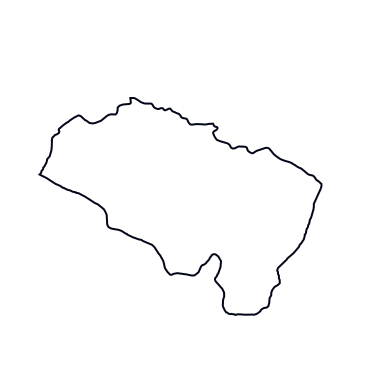 Río Hondo, Zacapa, Guatemala (Robinson projection), rotated 228°
{"feature_id": "79465075B55217962729749", "entity_name": "Río Hondo", "entity_type": "district", "adm_level": 2, "iso_a3": "GTM", "parent_name": "Guatemala", "parent_adm1": "Zacapa", "projection": "robinson", "projection_center": [-89.587, 15.094], "detail": "fine", "context": "isolated", "style": "outline", "palette": "ink", "viewbox_px": 384, "rotation_deg": 228, "n_neighbors": 0, "source": "geoboundaries", "source_scale": "gbopen_adm2", "svg_char_len": 4932}
<svg xmlns="http://www.w3.org/2000/svg" viewBox="0 0 384 384"><g transform="rotate(228 192 192)"><path d="M167.8,125.9L166.4,126.0L159.7,124.4L153.6,121.0L149.4,120.3L145.3,120.4L144.0,121.6L143.5,123.6L141.4,126.9L134.4,132.8L130.0,136.0L128.4,138.0L128.1,140.8L128.0,143.2L130.6,148.9L130.7,151.0L130.0,152.1L129.7,155.0L130.0,155.6L130.4,159.8L131.2,161.3L131.3,162.9L131.9,164.5L131.6,165.8L130.7,167.2L129.4,167.9L126.5,168.4L121.2,167.3L117.1,162.9L113.8,156.8L113.8,155.7L112.9,154.5L112.4,151.4L111.7,150.6L110.0,149.8L99.8,149.7L95.9,148.6L92.9,146.1L91.0,142.9L87.1,139.0L85.6,138.2L81.9,137.1L79.6,136.9L79.0,137.4L77.4,137.7L75.7,138.6L75.1,139.7L72.2,141.9L71.6,142.0L70.7,143.9L69.0,145.8L65.6,149.0L60.0,155.4L59.1,156.2L58.0,159.0L57.6,163.0L58.1,163.8L58.2,165.4L57.7,167.7L56.1,170.3L56.1,172.4L57.9,175.2L61.2,178.6L62.2,181.7L64.3,183.8L65.5,186.3L66.2,189.8L65.4,193.7L65.5,196.2L68.1,198.4L69.7,198.8L71.8,200.7L73.4,201.0L74.9,202.3L76.6,202.7L78.0,205.1L78.4,217.1L78.8,218.5L78.6,226.7L79.7,234.8L80.8,237.1L80.7,238.4L82.0,243.4L84.2,246.8L84.8,247.1L85.1,248.9L87.7,252.3L88.3,254.5L89.9,256.8L90.0,257.8L92.6,261.2L93.1,263.1L97.7,270.5L99.8,273.0L101.6,274.5L108.1,289.4L109.7,292.2L111.4,293.6L116.1,293.1L116.5,292.7L117.4,292.6L118.5,292.6L119.3,292.7L119.7,292.8L120.3,292.9L121.0,293.0L121.7,293.0L122.6,293.0L123.6,292.6L125.3,291.4L125.9,291.0L126.6,290.5L127.5,290.2L128.2,290.1L129.8,289.8L132.3,289.5L133.6,289.3L136.2,288.9L137.3,288.4L138.8,287.7L140.4,287.2L142.5,286.6L143.3,286.5L144.4,286.1L145.2,285.8L146.1,285.6L147.1,285.3L148.0,284.9L149.0,284.4L151.4,282.9L151.8,282.6L152.2,282.3L153.4,281.7L155.2,280.7L157.4,279.7L160.2,279.0L163.0,278.4L165.4,278.1L169.1,278.3L170.4,278.3L171.4,278.4L172.2,278.4L173.0,278.3L173.6,278.0L174.4,277.5L175.1,276.8L175.6,276.1L177.5,271.7L179.2,267.9L179.5,266.6L179.8,265.0L179.8,264.3L179.9,263.7L180.4,262.8L181.0,262.3L181.9,261.9L182.8,261.6L183.8,261.3L184.6,261.2L185.2,261.2L186.1,261.5L187.0,261.8L187.7,262.1L188.3,262.4L188.8,262.3L189.4,262.2L190.0,261.8L194.3,257.5L194.7,256.8L195.1,255.9L195.3,255.2L195.5,254.1L195.8,253.2L196.2,252.5L196.7,251.8L197.1,251.4L197.6,251.1L198.5,250.8L199.1,250.8L199.8,250.9L200.3,251.1L200.8,251.2L201.4,251.3L201.8,251.4L202.4,251.4L203.5,251.2L204.8,250.7L206.7,249.5L209.8,247.6L211.6,246.6L213.1,245.8L213.6,245.6L214.2,245.4L215.1,245.4L216.6,245.6L218.3,245.9L219.9,246.4L220.7,246.7L221.3,247.0L221.8,247.3L222.1,247.7L222.4,248.7L222.3,249.3L222.2,250.0L222.0,250.5L221.9,251.0L221.9,251.6L221.9,252.6L222.0,253.1L222.3,253.6L222.8,254.0L223.4,254.0L224.0,253.7L224.6,253.3L225.1,252.9L225.6,252.8L226.4,252.7L226.9,252.8L227.5,253.0L228.2,253.2L228.8,253.3L229.6,252.2L230.8,250.8L231.9,249.2L232.9,247.5L233.6,246.7L234.6,245.7L236.5,243.9L239.5,240.7L240.6,239.2L241.3,238.1L241.9,237.3L242.5,236.6L243.2,236.1L243.7,235.9L244.2,235.9L245.0,235.9L245.9,235.9L246.7,236.2L247.6,236.5L248.4,236.7L248.9,236.8L249.4,236.9L249.9,236.9L250.9,236.4L252.2,235.3L253.2,234.7L254.0,234.3L254.5,234.1L255.7,234.2L256.1,234.5L256.7,234.6L257.2,234.6L258.0,234.6L258.5,234.5L259.1,234.4L259.6,234.0L260.3,233.7L261.0,233.3L261.7,233.0L262.9,232.6L264.5,231.7L265.2,231.5L266.0,231.5L266.4,231.5L267.2,231.5L267.7,231.6L268.1,231.6L268.6,231.5L269.2,230.9L269.4,230.5L269.7,229.7L269.8,229.1L270.0,228.4L270.2,227.8L270.4,227.2L270.8,226.7L271.2,226.3L271.7,226.2L272.5,226.2L273.0,226.3L273.7,226.3L274.4,225.8L274.8,225.4L275.1,224.9L275.4,224.3L275.5,223.8L275.7,223.3L276.0,222.8L276.4,222.3L276.9,221.9L277.5,221.6L278.1,221.2L278.6,221.0L279.1,220.8L279.6,220.6L280.2,220.6L280.8,220.5L281.5,220.6L282.5,220.9L283.2,221.0L283.9,221.0L284.5,221.0L285.0,220.7L285.4,220.5L286.3,219.4L286.8,218.9L287.1,218.5L288.9,216.6L289.8,215.8L291.3,215.0L292.4,214.4L293.1,214.1L294.6,213.8L295.8,213.5L299.2,212.5L299.9,212.2L300.6,211.8L301.3,211.1L302.2,210.1L303.1,209.0L299.3,206.4L299.0,205.3L299.7,203.9L303.1,199.4L304.6,196.0L304.5,193.3L302.5,191.4L300.9,188.9L300.8,187.0L303.6,184.2L305.0,181.9L305.5,179.3L305.8,172.1L308.1,166.1L309.5,164.0L311.9,162.0L315.9,161.2L316.7,160.7L322.6,160.1L324.2,159.5L325.0,158.6L326.2,154.0L326.9,149.0L326.9,146.5L327.3,145.8L327.8,140.8L327.9,135.3L327.3,134.4L325.9,134.0L325.0,132.8L325.1,130.7L326.0,128.4L325.8,124.6L324.1,122.2L323.6,122.1L321.6,120.0L320.6,119.2L317.1,115.5L313.7,110.1L313.3,106.4L311.5,104.0L309.7,99.3L309.7,98.0L308.6,96.5L308.3,94.2L307.2,92.8L307.0,90.4L299.8,93.2L289.4,96.0L284.6,98.2L281.5,98.9L280.8,99.5L277.7,100.6L274.1,102.8L272.0,103.5L270.5,104.8L269.6,105.0L269.2,105.6L268.3,105.7L267.4,106.7L260.1,109.4L248.3,112.6L246.2,113.7L238.2,115.0L234.3,114.1L232.0,113.2L224.5,107.2L222.1,106.5L219.8,107.1L217.8,108.3L212.9,112.2L210.0,113.7L205.4,114.9L204.6,115.5L203.4,115.5L198.1,117.7L192.1,120.9L190.6,122.2L188.1,122.9L179.6,126.9L176.3,127.2L167.8,125.9Z" fill="none" stroke="#020617" stroke-width="2"/></g></svg>